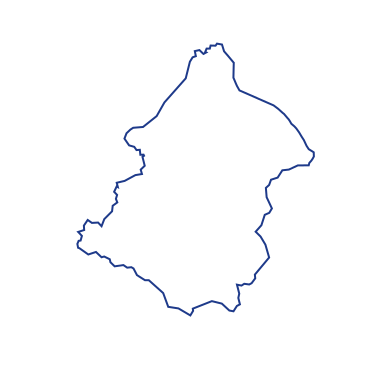 Bitola, Bitola, North Macedonia (Robinson projection), rotated 244°
{"feature_id": "65306769B29228652763838", "entity_name": "Bitola", "entity_type": "district", "adm_level": 2, "iso_a3": "MKD", "parent_name": "North Macedonia", "parent_adm1": "Bitola", "projection": "robinson", "projection_center": [21.305, 41.044], "detail": "fine", "context": "isolated", "style": "outline", "palette": "blue", "viewbox_px": 384, "rotation_deg": 244, "n_neighbors": 0, "source": "geoboundaries", "source_scale": "gbopen_adm2", "svg_char_len": 1864}
<svg xmlns="http://www.w3.org/2000/svg" viewBox="0 0 384 384"><g transform="rotate(244 192 192)"><path d="M269.6,154.7L261.5,155.9L257.9,159.9L254.0,160.5L252.8,163.6L248.1,161.9L246.8,164.8L245.6,164.8L245.3,162.9L236.3,161.0L234.6,155.7L230.1,154.9L232.0,148.5L231.5,136.3L233.3,128.4L228.9,127.5L230.0,126.7L226.3,122.1L222.2,123.4L219.2,120.6L215.4,120.3L214.4,114.7L209.7,111.7L206.1,101.3L200.9,95.7L205.7,94.2L208.1,88.5L212.6,86.0L209.2,80.1L205.1,78.4L206.0,72.2L200.8,73.8L197.2,70.6L197.8,68.7L195.6,66.2L191.8,65.2L190.8,66.2L181.3,71.4L180.2,79.4L173.0,82.1L172.5,84.8L167.6,88.6L164.6,87.9L159.1,89.9L156.4,98.3L152.4,100.6L151.0,104.5L148.9,105.9L141.4,106.1L133.3,111.1L131.7,114.5L113.8,121.8L99.2,120.3L93.3,128.8L81.8,136.4L84.7,140.9L86.8,141.6L85.2,162.0L78.6,169.9L69.1,173.6L66.6,177.0L69.9,182.4L70.0,185.8L76.5,187.2L79.9,189.9L89.0,191.8L86.2,195.5L86.6,198.7L83.8,202.9L83.9,205.6L86.7,211.0L90.2,212.3L99.3,232.6L112.5,234.9L121.9,234.1L128.4,231.8L131.7,239.8L139.6,247.4L139.4,252.3L142.2,256.6L154.6,256.8L163.3,260.2L164.5,264.4L168.4,268.4L167.4,275.3L171.9,282.7L169.7,288.9L169.5,298.8L164.8,308.6L166.7,310.2L167.8,312.9L169.0,315.0L170.5,317.1L174.3,318.8L175.5,318.1L179.3,315.7L183.3,315.2L189.7,315.3L193.7,314.8L198.6,314.4L203.4,313.6L206.1,312.8L209.8,311.2L211.4,311.1L213.0,311.0L215.1,310.7L216.4,310.3L221.9,308.9L223.3,308.2L229.0,305.9L234.1,303.3L246.8,292.5L247.9,291.6L255.8,284.9L262.5,279.2L267.6,278.9L270.3,279.0L275.7,279.3L276.5,279.3L289.5,286.0L289.8,286.2L298.4,284.1L304.4,282.5L311.4,283.6L314.4,279.5L313.2,277.3L315.5,272.9L313.1,270.9L314.5,268.0L312.1,265.3L311.2,266.0L311.1,262.8L316.3,260.9L317.4,256.3L312.4,255.0L312.8,251.6L310.0,247.2L296.9,236.2L284.6,206.5L275.7,193.5L271.9,176.5L275.5,167.3L275.1,164.0L273.5,158.9L269.6,154.7Z" fill="none" stroke="#1e3a8a" stroke-width="2"/></g></svg>